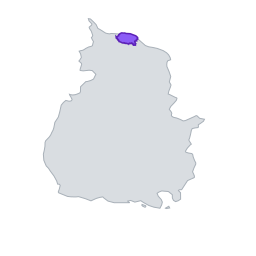 location of Ou Ya Dav, Rôtânôkiri, Cambodia, rotated 294°
{"feature_id": "14789045B92198168751109", "entity_name": "Ou Ya Dav", "entity_type": "district", "adm_level": 2, "iso_a3": "KHM", "parent_name": "Cambodia", "parent_adm1": "Rôtânôkiri", "projection": "robinson", "projection_center": [107.357, 13.558], "detail": "fine", "context": "in_parent", "style": "filled", "palette": "violet", "viewbox_px": 256, "rotation_deg": 294, "n_neighbors": 0, "source": "geoboundaries", "source_scale": "gbopen_adm2", "svg_char_len": 4917}
<svg xmlns="http://www.w3.org/2000/svg" viewBox="0 0 256 256"><g transform="rotate(294 128 128)"><path d="M211.8,47.3L212.3,49.4L210.9,53.3L209.5,56.8L206.7,60.0L206.6,62.2L205.6,69.0L206.0,71.2L206.6,73.1L207.5,74.1L209.9,80.7L212.1,86.8L214.3,91.8L214.6,94.9L212.7,102.9L210.4,110.3L210.6,113.9L211.6,117.6L212.6,122.4L213.0,128.7L212.4,132.7L211.4,135.3L209.4,137.9L207.7,139.2L205.6,137.0L203.9,136.9L201.7,137.6L199.9,138.6L196.4,142.4L192.4,146.1L186.9,147.0L184.8,149.8L182.5,150.1L178.2,150.3L175.4,150.9L175.5,152.3L175.2,158.8L175.3,160.3L174.9,160.7L172.9,160.9L169.6,159.9L165.1,158.3L161.9,158.1L160.3,160.9L159.3,162.0L158.1,162.2L156.8,162.7L156.4,164.0L156.3,165.5L156.9,168.3L157.1,172.6L156.9,175.5L158.1,177.4L165.0,183.6L167.0,185.2L167.2,186.1L166.0,189.5L167.1,194.3L164.9,194.2L161.3,192.1L159.6,190.9L157.5,191.9L156.8,191.7L155.4,189.3L153.6,186.9L151.7,186.8L147.7,187.7L143.6,188.4L142.0,188.4L141.4,188.8L139.0,192.4L138.0,191.8L133.9,190.4L130.2,189.9L129.4,190.8L129.8,193.7L130.6,196.6L130.2,197.8L128.1,199.3L125.4,202.0L123.7,204.1L122.5,204.6L118.4,204.5L114.2,204.8L112.6,206.7L111.0,208.3L109.7,208.7L104.2,203.8L93.5,202.1L92.4,199.9L91.3,199.5L90.3,202.3L84.4,205.0L81.9,203.4L80.1,201.4L80.4,199.0L82.1,197.0L85.1,195.6L86.4,190.7L84.2,184.4L82.3,182.5L80.2,181.1L78.0,183.4L76.2,187.4L74.3,189.5L71.6,190.0L67.7,189.8L66.2,183.8L65.7,178.6L66.2,172.7L66.8,169.2L63.1,164.4L62.9,159.9L61.1,157.5L60.5,158.7L60.6,160.0L60.0,159.0L54.1,145.6L53.1,139.4L54.2,134.6L54.8,133.0L53.1,130.4L50.7,127.6L46.4,123.8L46.1,117.8L45.2,110.8L43.9,108.5L42.0,104.1L40.9,100.6L40.6,91.1L41.2,90.3L44.2,90.1L48.1,89.4L48.7,87.9L48.1,86.6L50.6,84.4L54.1,79.8L56.9,74.8L58.9,71.7L60.1,68.7L64.2,64.3L69.7,61.3L73.5,60.6L77.4,59.6L81.1,58.1L82.9,58.0L87.6,59.7L90.1,60.2L92.7,60.2L95.4,60.4L97.8,60.2L103.5,58.9L109.6,59.9L115.0,59.1L121.7,57.7L125.0,58.6L127.9,60.0L128.4,62.9L129.0,64.2L130.0,65.3L131.4,65.3L133.1,63.2L134.5,61.2L135.0,60.8L135.0,61.8L135.7,64.1L137.0,66.3L138.3,67.7L140.4,69.7L141.8,69.8L146.4,67.9L153.2,70.6L154.0,72.0L156.3,74.7L158.7,76.6L164.0,76.8L165.9,72.0L165.0,69.0L162.0,63.9L161.1,60.9L162.1,60.4L167.3,59.8L168.1,59.2L169.2,55.9L170.6,56.3L173.5,56.7L176.5,54.5L178.3,52.1L179.3,53.2L180.4,54.8L181.5,55.8L183.7,57.2L186.1,59.2L187.6,61.2L188.8,62.0L191.9,61.4L192.7,61.5L194.5,59.1L195.7,57.8L196.8,58.2L198.3,58.1L201.5,55.1L203.3,52.3L204.3,51.5L207.2,52.9L208.4,52.7L210.0,48.8L211.8,47.3ZM64.2,175.8L63.6,176.2L63.0,176.2L62.5,175.6L62.5,173.5L62.9,172.2L63.9,171.9L64.2,175.8ZM73.1,197.1L71.9,198.6L69.9,195.6L70.0,194.8L73.1,197.1Z" fill="#d9dde1" stroke="#a8b0b8" stroke-width="1"/><path d="M214.6,100.0L214.8,99.5L215.4,97.6L215.2,94.5L215.1,92.5L215.0,91.6L213.6,87.9L213.5,87.7L213.5,86.5L212.9,85.3L212.3,83.5L211.0,82.3L210.7,82.3L210.5,82.2L210.3,82.2L210.2,82.1L209.9,81.8L209.8,81.7L209.6,81.6L208.4,81.9L208.3,81.7L208.0,81.4L207.9,81.3L207.7,81.2L207.3,81.0L207.0,81.0L206.9,81.0L206.8,80.9L206.7,80.9L206.6,80.7L206.6,80.4L206.6,80.2L206.7,79.9L205.9,80.4L205.4,80.6L205.3,80.8L205.3,81.0L205.4,81.3L205.4,81.5L205.4,81.8L205.4,82.0L205.2,82.2L205.0,82.3L204.9,82.3L204.7,82.3L204.7,82.5L204.8,82.5L204.7,82.6L204.8,82.7L204.7,82.8L204.7,83.0L204.5,82.9L204.4,83.0L204.2,83.1L204.2,83.3L204.1,83.5L204.1,83.8L204.0,84.0L203.9,84.3L203.7,84.4L203.5,84.5L203.7,84.8L203.6,85.1L203.4,85.2L203.5,85.5L203.5,85.8L203.5,86.2L203.5,86.3L203.5,86.6L203.5,86.9L203.5,87.0L203.5,87.5L203.4,87.8L203.5,88.1L203.5,88.3L203.5,88.5L203.6,88.9L203.7,89.0L203.8,89.2L203.8,89.3L204.0,89.4L204.1,89.5L204.1,89.8L204.3,89.8L204.3,90.0L204.4,90.3L204.3,90.5L204.2,90.6L204.1,90.8L204.1,91.0L204.3,91.2L204.3,91.3L204.5,91.4L204.5,91.5L204.5,91.8L204.6,92.0L204.8,92.2L204.8,92.3L204.7,92.3L204.7,92.5L204.8,92.8L204.7,92.9L204.7,93.0L204.8,93.3L204.9,93.5L204.9,93.8L205.0,93.9L205.0,94.1L205.1,94.3L205.0,94.5L205.3,94.5L205.5,94.6L205.6,94.8L205.7,94.7L205.8,94.7L205.9,94.8L206.0,94.8L206.1,95.0L206.0,95.3L206.1,95.5L206.3,95.7L206.5,95.7L206.4,95.7L206.3,95.8L206.5,95.9L206.5,96.0L206.7,96.3L206.6,96.5L206.7,96.8L206.7,96.7L206.8,96.7L206.8,96.8L207.1,96.9L206.9,97.3L207.0,97.4L207.1,97.6L207.0,97.8L207.1,98.0L206.9,98.2L206.9,98.3L206.7,98.5L206.6,98.4L206.6,98.6L206.6,98.8L206.4,98.9L206.2,98.8L206.1,99.0L206.0,99.3L205.9,99.3L205.9,99.5L206.1,100.0L206.3,100.1L206.5,100.3L206.6,100.6L206.8,100.9L206.8,101.0L207.2,100.8L207.3,100.8L207.5,100.8L207.6,100.6L207.8,100.6L208.0,100.7L208.0,100.3L208.0,100.2L208.4,100.0L208.5,99.9L208.8,99.8L209.2,99.7L209.3,99.6L209.3,99.4L209.5,99.3L209.7,99.2L209.8,99.0L209.8,98.9L210.0,98.8L210.5,99.4L210.7,99.7L210.8,99.9L211.0,100.0L211.1,100.3L211.2,100.2L211.4,100.1L211.5,100.0L211.6,100.3L212.2,100.1L212.6,100.3L212.8,100.4L213.0,100.6L213.3,100.7L213.6,100.4L213.8,100.3L213.9,100.2L213.9,99.9L214.0,99.9L214.3,99.9L214.4,100.1L214.6,100.0Z" fill="#8b5cf6" stroke="#5b21b6" stroke-width="1.5"/></g></svg>